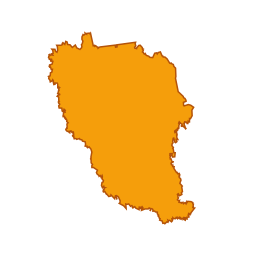 Montería, Córdoba, Colombia, rotated 169°
{"feature_id": "7082276B30491480162439", "entity_name": "Montería", "entity_type": "district", "adm_level": 2, "iso_a3": "COL", "parent_name": "Colombia", "parent_adm1": "Córdoba", "projection": "equal_earth", "projection_center": [-75.989, 8.611], "detail": "fine", "context": "isolated", "style": "filled", "palette": "amber", "viewbox_px": 256, "rotation_deg": 169, "n_neighbors": 0, "source": "geoboundaries", "source_scale": "gbopen_adm2", "svg_char_len": 5765}
<svg xmlns="http://www.w3.org/2000/svg" viewBox="0 0 256 256"><g transform="rotate(169 128 128)"><path d="M78.2,190.6L79.9,191.0L80.1,192.0L80.8,192.3L81.7,196.5L84.0,196.3L85.2,195.1L85.6,196.3L87.5,196.3L90.3,192.4L93.1,193.2L93.9,194.5L96.2,195.8L96.9,197.8L97.5,197.3L98.3,198.0L98.5,199.1L99.3,199.9L98.2,201.1L98.7,202.3L98.0,202.6L98.7,203.2L98.6,204.2L100.2,206.9L101.6,207.0L104.1,205.1L104.4,204.3L106.1,205.1L106.1,206.0L104.7,207.2L104.9,209.3L104.2,210.7L123.5,211.8L123.8,211.4L123.0,210.9L123.3,209.7L124.8,209.7L124.8,211.8L140.2,212.9L142.2,212.0L142.2,213.2L142.9,213.4L144.0,214.9L145.0,214.5L145.1,215.5L146.4,215.3L146.7,228.2L147.3,227.6L147.8,228.5L150.5,228.7L150.7,228.0L152.0,229.4L152.0,228.4L153.7,227.6L154.3,228.3L155.8,226.2L156.3,223.8L155.7,221.9L156.8,219.5L157.8,218.7L157.7,216.9L158.3,215.6L160.2,214.3L163.0,216.4L163.9,219.5L167.3,217.7L169.0,220.7L171.3,221.5L171.4,224.1L172.6,224.9L174.1,222.1L175.6,224.2L176.4,223.6L176.5,222.4L178.0,222.0L182.2,222.8L181.8,221.4L182.2,217.8L183.3,215.9L184.5,217.1L184.7,219.2L187.7,219.9L187.0,218.5L187.3,215.5L188.7,215.4L188.0,213.9L189.6,214.5L190.7,214.1L190.8,215.2L191.5,215.0L191.2,213.9L192.0,213.7L192.6,212.2L192.0,211.3L192.1,210.5L190.5,210.2L191.1,209.6L191.0,208.5L189.9,209.0L190.0,207.9L189.1,207.7L190.3,205.2L192.8,204.9L192.7,203.9L193.6,203.7L193.2,202.5L192.4,202.3L192.2,200.1L191.0,200.0L192.2,197.3L193.6,197.0L194.4,194.1L196.1,193.8L195.8,193.4L196.4,191.6L195.5,189.9L195.5,188.1L193.4,188.8L192.7,189.7L192.2,188.3L192.6,187.7L192.5,184.8L191.3,184.9L191.2,186.1L188.9,185.6L188.6,184.4L189.2,181.3L188.4,181.7L187.4,180.7L188.6,179.9L188.6,178.0L189.3,177.6L189.5,176.5L190.4,175.4L188.7,174.3L188.7,173.8L189.5,173.6L189.7,174.3L191.5,172.6L190.4,171.9L190.2,171.1L190.8,167.7L190.5,167.4L191.4,166.9L191.3,165.6L190.7,165.3L190.5,164.3L191.8,163.0L191.8,160.8L189.2,160.1L189.4,157.3L189.1,156.7L188.3,156.8L187.2,158.6L186.2,157.3L186.9,156.7L186.7,155.6L188.0,155.7L188.9,153.8L188.9,152.5L189.5,152.3L189.5,151.5L188.1,151.4L188.2,150.1L187.9,150.1L187.7,149.0L187.3,149.4L186.5,147.2L186.9,146.0L185.8,144.6L187.2,143.5L187.5,140.6L188.0,140.1L187.8,139.4L189.3,138.7L189.2,137.6L188.3,136.3L186.5,135.9L186.7,134.9L186.1,134.4L185.8,135.9L185.3,136.1L184.4,135.9L184.5,135.3L183.5,134.0L182.8,134.8L182.4,134.5L182.6,132.0L183.8,131.3L183.9,130.8L183.5,130.1L182.8,130.9L182.9,127.7L181.4,127.6L180.6,127.2L180.5,126.7L177.6,126.9L177.3,125.8L175.6,125.3L175.2,123.8L172.7,122.7L172.7,120.3L173.5,118.4L171.6,117.9L171.8,116.7L171.4,116.3L169.8,116.9L168.4,114.3L168.1,111.2L170.0,106.4L169.9,105.6L170.6,104.8L170.3,104.0L170.8,100.8L169.8,98.9L170.7,97.9L171.0,96.1L169.4,95.8L166.0,92.4L167.5,90.3L167.1,88.7L165.6,86.9L165.6,86.1L164.3,86.6L163.8,84.7L162.5,86.3L162.4,85.6L163.1,82.7L162.1,81.2L162.7,79.8L163.9,79.5L165.0,76.7L164.5,74.3L162.9,75.4L162.8,74.1L162.0,73.8L162.7,73.6L163.3,71.9L163.8,72.3L164.5,70.7L164.3,69.9L162.8,69.9L161.9,67.3L161.6,67.4L159.9,64.4L158.0,64.5L157.5,65.6L154.6,61.1L153.5,63.4L153.1,63.1L152.4,61.1L153.0,59.9L152.3,61.1L153.1,63.2L153.0,63.9L152.3,63.9L150.6,62.3L149.6,58.1L150.1,56.3L151.0,55.7L147.1,52.5L145.2,49.3L144.7,53.8L143.8,53.3L141.8,53.3L140.4,50.6L139.0,51.1L138.3,49.6L138.8,49.2L138.5,48.6L136.4,49.5L135.6,47.8L132.7,45.7L132.1,48.2L131.3,48.0L131.6,47.1L130.3,45.9L129.9,46.4L130.2,47.3L129.2,48.1L128.6,46.8L128.8,46.2L129.7,46.3L130.4,44.6L126.7,45.3L123.6,44.7L122.5,45.5L121.2,44.4L122.0,43.0L121.7,42.8L120.7,44.5L119.4,43.8L119.1,42.6L119.5,41.7L117.7,41.3L117.1,40.4L115.3,39.8L115.6,38.2L114.6,36.6L115.3,36.0L114.5,34.5L114.4,33.2L113.8,32.9L114.5,31.5L112.2,30.2L112.0,27.8L110.6,27.7L110.1,27.0L107.7,28.5L106.8,27.8L106.2,28.7L106.3,29.8L105.8,29.3L104.7,29.4L103.2,27.6L102.1,28.5L102.2,30.3L101.5,29.9L101.1,31.3L100.7,30.6L98.9,29.9L97.9,30.9L97.7,30.4L96.8,30.9L96.6,29.5L94.5,30.7L94.1,30.4L94.7,29.2L94.0,28.7L93.4,29.6L92.4,28.0L91.9,28.9L90.6,28.8L90.3,29.5L88.9,29.0L88.8,28.2L90.5,28.7L90.7,27.6L89.4,26.6L89.1,27.9L87.3,27.4L87.3,29.1L85.2,29.0L85.1,29.9L85.6,30.9L84.8,32.4L83.8,31.1L83.3,32.1L82.9,31.8L82.3,32.8L77.9,36.7L78.9,37.0L78.9,38.0L79.4,37.9L78.3,40.8L78.9,41.3L78.6,42.4L80.2,43.7L83.3,44.6L84.2,43.7L84.4,44.4L85.5,42.5L86.2,43.9L88.0,43.1L88.2,44.6L89.9,44.1L89.9,44.7L92.1,45.3L91.4,46.9L91.9,46.7L93.2,48.1L91.8,49.8L92.2,50.4L91.9,52.0L92.2,53.4L91.2,53.9L90.3,51.7L87.8,52.5L88.0,54.3L86.7,55.1L86.5,60.0L85.8,60.6L87.7,63.8L86.0,66.6L86.0,68.0L87.1,69.7L87.1,71.1L86.5,71.1L86.1,72.4L86.5,73.7L87.6,73.3L88.4,75.2L88.9,75.1L90.7,79.7L90.1,81.2L91.5,81.6L91.0,83.0L92.3,83.6L92.5,85.3L91.2,85.9L90.6,85.6L90.2,86.3L91.2,86.5L91.7,89.5L92.4,89.5L92.4,91.1L91.2,93.1L92.1,93.2L91.7,94.8L89.5,94.5L90.0,93.0L89.9,91.0L87.6,90.8L86.4,94.7L87.7,95.0L87.6,98.8L88.0,99.3L87.2,100.1L88.3,102.4L87.6,104.2L86.6,104.9L86.7,106.5L85.6,109.3L85.0,109.4L84.7,105.1L84.1,104.5L82.6,105.3L82.9,107.6L81.3,107.2L81.9,109.0L81.6,111.9L81.1,111.9L81.1,113.9L82.0,114.4L81.4,114.9L82.3,115.4L82.8,115.0L82.8,116.1L81.6,116.7L81.5,115.9L80.5,116.0L79.8,116.4L80.2,117.2L79.4,118.2L78.9,117.6L78.2,118.0L77.6,120.8L76.8,122.1L77.4,123.0L76.5,124.3L74.7,121.6L74.2,121.5L74.2,120.4L75.2,120.0L75.2,119.5L74.2,119.5L72.4,117.8L71.6,116.2L71.2,116.5L72.0,117.9L71.7,118.8L72.3,120.1L71.9,121.5L72.2,121.8L71.1,123.3L69.7,122.7L69.9,122.2L68.8,121.5L68.9,121.1L68.4,121.0L67.7,123.1L67.2,122.3L66.5,122.2L65.8,125.6L64.9,125.2L62.7,127.8L61.9,133.3L59.6,135.8L62.1,138.4L64.3,139.5L68.7,139.0L69.1,139.6L68.7,142.6L65.9,143.1L65.8,144.2L66.5,146.2L67.6,147.1L67.8,148.5L71.8,154.1L71.9,167.8L71.2,169.4L69.9,177.7L71.2,179.6L71.4,181.7L72.8,182.7L73.3,183.6L74.1,183.3L74.7,183.7L76.5,188.5L78.2,190.6Z" fill="#f59e0b" stroke="#b45309" stroke-width="1.5"/></g></svg>